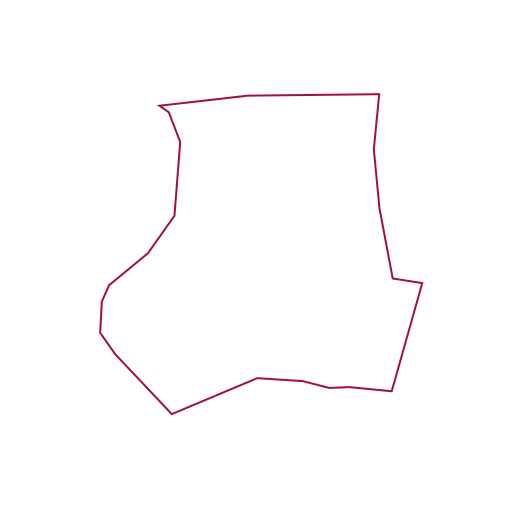 the district of Seongdong-gu, Seoul, South Korea, rotated 249°
{"feature_id": "91817680B63185877293812", "entity_name": "Seongdong-gu", "entity_type": "district", "adm_level": 2, "iso_a3": "KOR", "parent_name": "South Korea", "parent_adm1": "Seoul", "projection": "orthographic", "projection_center": [127.043, 37.542], "detail": "fine", "context": "isolated", "style": "outline", "palette": "rose", "viewbox_px": 512, "rotation_deg": 249, "n_neighbors": 0, "source": "geoboundaries", "source_scale": "gbopen_adm2", "svg_char_len": 437}
<svg xmlns="http://www.w3.org/2000/svg" viewBox="0 0 512 512"><g transform="rotate(249 256 256)"><path d="M362.9,429.0L408.7,305.6L430.9,219.7L421.4,226.1L389.6,226.1L322.8,194.3L297.3,156.1L281.4,108.4L268.7,95.7L240.1,83.0L214.7,89.4L138.6,120.7L141.5,213.4L122.5,254.7L106.6,277.0L100.2,296.0L81.1,334.2L89.2,340.3L171.1,401.5L186.0,375.6L256.0,388.3L313.3,404.2L362.9,429.0Z" fill="none" stroke="#9f1239" stroke-width="2"/></g></svg>